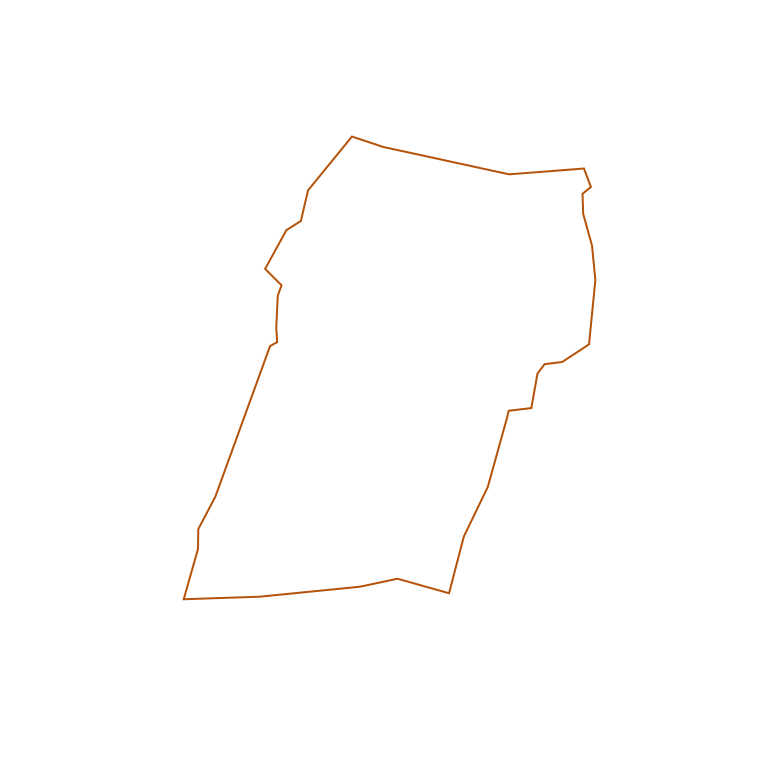 outline of Wythe, Virginia, United States of America, rotated 125°
{"feature_id": "52423323B95970621217609", "entity_name": "Wythe", "entity_type": "district", "adm_level": 2, "iso_a3": "USA", "parent_name": "United States of America", "parent_adm1": "Virginia", "projection": "robinson", "projection_center": [-81.09, 36.916], "detail": "fine", "context": "isolated", "style": "outline", "palette": "amber", "viewbox_px": 768, "rotation_deg": 125, "n_neighbors": 0, "source": "geoboundaries", "source_scale": "gbopen_adm2", "svg_char_len": 597}
<svg xmlns="http://www.w3.org/2000/svg" viewBox="0 0 768 768"><g transform="rotate(125 384 384)"><path d="M675.2,424.6L629.6,363.9L563.8,287.4L535.8,261.3L518.1,210.7L463.2,231.1L408.9,239.9L341.2,263.8L334.4,266.5L319.2,249.5L287.3,264.3L275.6,263.8L263.8,250.7L233.9,238.8L177.6,270.5L151.2,293.1L130.3,318.5L114.3,330.5L103.9,327.5L92.8,343.8L140.5,401.8L190.3,520.6L199.7,552.2L269.0,557.3L298.1,545.6L313.9,552.2L357.9,547.4L361.9,524.6L372.7,521.6L399.9,504.4L411.0,495.5L418.3,499.1L573.1,457.5L609.4,452.9L625.7,441.8L675.2,424.6Z" fill="none" stroke="#b45309" stroke-width="2"/></g></svg>